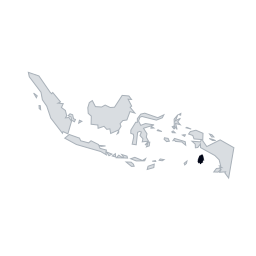 Kepulauan Aru, Maluku, Indonesia (highlighted), rotated 10°
{"feature_id": "22746128B17511076551422", "entity_name": "Kepulauan Aru", "entity_type": "district", "adm_level": 2, "iso_a3": "IDN", "parent_name": "Indonesia", "parent_adm1": "Maluku", "projection": "mercator", "projection_center": [134.564, -6.213], "detail": "fine", "context": "in_parent", "style": "filled", "palette": "ink", "viewbox_px": 256, "rotation_deg": 10, "n_neighbors": 0, "source": "geoboundaries", "source_scale": "gbopen_adm2", "svg_char_len": 7669}
<svg xmlns="http://www.w3.org/2000/svg" viewBox="0 0 256 256"><g transform="rotate(10 128 128)"><path d="M88.1,107.2L92.2,112.6L98.4,111.9L101.5,109.4L106.9,110.9L111.1,109.9L116.6,96.9L123.3,96.3L126.5,99.3L123.1,99.6L127.8,105.8L126.5,107.2L132.2,112.1L127.1,111.5L125.5,120.3L121.6,121.6L119.4,125.1L120.8,127.5L119.3,131.4L111.9,136.4L110.3,132.0L107.3,133.0L104.1,130.5L98.6,133.5L97.8,130.3L91.0,130.7L89.8,122.7L86.3,120.5L84.9,115.0L85.5,109.7L88.1,107.2ZM20.2,90.5L31.2,92.2L45.2,106.4L46.9,107.5L47.7,106.1L57.0,114.0L54.7,115.7L60.0,115.3L58.9,119.4L63.3,121.6L65.5,126.6L64.6,128.9L68.1,127.9L71.2,131.3L69.8,144.2L64.6,142.8L64.4,144.6L50.2,131.6L44.2,120.6L38.8,115.1L36.1,107.9L21.9,94.7L20.2,90.5ZM235.7,129.0L235.8,159.8L231.2,155.4L231.7,154.2L225.9,155.7L226.9,152.6L225.3,151.0L225.8,150.7L226.7,150.8L227.3,150.7L224.6,149.5L225.8,149.1L223.3,143.5L218.3,140.0L202.8,134.7L202.1,131.1L200.1,135.1L197.8,135.8L197.0,132.2L193.3,129.9L201.5,129.1L202.5,126.6L194.9,127.3L193.1,124.1L188.7,123.4L190.0,120.7L195.3,118.4L202.8,120.2L203.8,127.6L208.8,132.6L220.8,123.7L235.7,129.0ZM160.0,112.0L154.6,115.3L139.7,114.2L137.8,115.4L137.2,119.3L140.1,123.2L144.4,120.6L153.1,120.4L143.3,125.6L147.7,130.4L147.6,133.8L150.5,137.4L144.4,139.2L144.6,136.0L141.1,133.3L141.9,129.7L140.0,129.3L138.2,130.6L139.0,143.1L134.9,143.2L135.2,135.7L134.4,133.3L131.6,132.7L131.2,129.5L134.6,121.0L136.2,120.8L135.6,117.1L138.2,112.1L142.0,110.5L155.5,112.7L161.0,108.8L160.0,112.0ZM71.3,144.6L82.0,146.4L83.6,148.8L91.8,149.5L93.8,147.0L101.8,149.4L104.0,152.9L110.6,153.5L110.5,156.4L111.4,158.2L105.2,155.9L80.0,153.2L67.5,149.0L71.3,144.6ZM173.4,112.7L177.9,109.3L175.9,113.3L178.9,115.7L174.1,115.3L176.6,120.9L173.2,117.8L171.9,111.3L174.8,106.3L173.4,112.7ZM175.6,130.2L186.7,131.5L187.8,134.9L183.3,132.4L177.1,133.0L175.3,131.6L174.2,133.2L175.6,130.2ZM150.1,157.4L141.8,159.0L136.0,157.8L139.8,155.7L147.9,157.5L150.7,155.0L150.1,157.4ZM126.4,155.2L131.9,155.9L132.8,157.7L121.8,159.3L123.6,156.3L127.4,158.0L128.6,157.3L126.4,155.2ZM160.1,159.0L160.3,162.5L154.1,165.5L154.4,162.2L160.1,159.0ZM71.2,124.6L72.7,128.3L74.8,128.8L74.1,131.2L71.0,130.0L70.0,127.0L66.9,126.3L68.4,124.1L71.2,124.6ZM224.3,155.8L220.1,156.4L222.1,152.5L225.4,151.6L226.4,153.1L224.3,155.8ZM137.0,161.1L139.6,162.7L140.7,164.6L138.1,165.2L132.0,161.8L137.0,161.1ZM169.3,131.3L171.0,133.8L168.4,134.7L165.5,132.8L165.6,131.3L169.3,131.3ZM110.9,155.3L116.7,156.5L114.1,158.6L110.9,155.3ZM120.0,155.5L120.9,158.7L117.4,158.3L120.0,155.5ZM81.4,129.4L78.6,131.8L78.8,128.8L81.4,129.4ZM205.6,142.3L206.3,146.4L205.0,146.6L203.9,143.6L205.6,142.3ZM109.0,149.6L104.6,150.8L102.7,150.1L109.0,149.6ZM151.9,138.2L152.0,141.9L149.4,143.4L150.4,138.5L151.9,138.2ZM29.0,110.0L33.0,112.1L32.5,114.1L29.0,110.0ZM38.8,125.1L37.2,124.3L36.5,121.3L37.7,121.2L38.8,125.1ZM190.3,154.5L189.4,153.0L191.8,150.3L191.7,152.7L190.3,154.5ZM185.8,117.1L190.4,118.1L185.2,117.7L185.8,117.1ZM157.8,124.5L162.0,125.6L157.3,125.5L157.8,124.5ZM149.9,140.0L147.7,141.8L149.7,138.5L149.9,140.0ZM209.4,119.8L211.8,120.1L214.1,121.9L211.9,122.3L209.4,119.8ZM169.0,152.9L167.4,154.3L164.3,154.4L165.1,152.9L169.0,152.9ZM205.4,147.1L204.4,149.0L203.3,149.0L203.4,145.9L205.4,147.1ZM175.3,124.5L172.6,124.9L171.8,124.2L173.0,123.0L175.3,124.5ZM209.8,124.2L213.3,124.5L216.5,125.2L213.4,125.6L209.8,124.2ZM150.6,122.3L153.5,123.5L150.6,124.2L150.6,122.3ZM177.6,106.2L175.7,105.9L177.5,104.5L177.6,106.2ZM157.6,156.5L160.7,155.4L161.1,156.1L157.6,156.5ZM185.7,124.7L185.2,126.4L182.8,125.5L184.0,125.0L185.7,124.7ZM119.6,134.4L118.4,135.6L119.4,132.0L119.6,134.4ZM172.6,118.2L174.1,120.5L173.5,120.9L171.3,119.1L172.6,118.2Z" fill="#d9dde1" stroke="#a8b0b8" stroke-width="1"/><path d="M203.5,145.8L203.4,146.0L203.6,146.1L203.4,146.0L203.5,146.5L203.7,146.4L203.4,146.8L203.5,146.8L203.6,146.7L203.7,146.8L203.7,146.7L203.7,146.8L203.4,146.8L203.4,147.0L203.6,147.2L203.9,147.0L204.0,147.4L204.0,147.9L204.1,148.1L204.3,148.2L204.2,148.2L204.0,147.9L203.9,147.5L203.8,147.3L203.6,147.6L203.7,147.3L203.4,147.1L203.1,148.7L203.3,149.0L203.8,149.0L203.6,149.1L203.8,149.5L204.7,148.9L204.5,149.0L204.4,148.9L205.1,148.3L204.8,148.2L205.0,148.1L205.4,147.8L205.2,147.8L205.1,147.7L205.3,147.5L205.2,147.3L205.1,147.2L204.8,146.9L204.6,146.9L204.4,147.0L204.5,146.9L204.3,146.7L204.3,146.4L204.2,146.5L203.5,145.8ZM205.5,145.0L205.4,144.6L204.9,145.1L204.7,145.1L204.8,145.3L205.0,145.3L204.3,145.2L204.2,145.6L204.3,145.7L204.2,145.7L204.4,145.8L204.5,146.1L204.8,146.2L205.1,146.2L205.3,146.6L205.5,146.4L205.5,146.7L205.8,146.8L205.8,146.6L206.3,146.5L206.5,145.8L206.2,145.9L206.6,145.5L206.3,145.1L206.2,145.3L206.3,145.1L206.0,144.8L205.9,145.1L206.0,144.8L205.5,145.0ZM205.0,144.1L204.7,144.1L204.3,144.5L204.5,144.8L204.3,145.1L204.9,145.1L205.1,144.8L205.4,144.6L205.6,144.7L205.8,144.5L206.3,144.2L206.2,144.1L206.1,143.9L206.0,143.7L205.9,143.7L205.5,143.4L205.4,143.3L205.4,143.2L205.4,142.9L205.3,143.0L205.3,142.9L205.2,143.0L205.0,142.8L204.5,143.7L204.1,143.4L203.9,143.7L204.4,143.9L204.4,144.1L205.0,144.1ZM203.6,145.0L203.4,145.5L203.5,145.6L203.8,145.6L203.7,145.9L203.9,145.9L204.3,146.4L204.6,146.6L205.0,146.3L204.7,146.3L204.5,146.1L204.3,145.8L204.2,145.9L204.0,145.6L204.2,145.3L203.6,145.0ZM205.6,143.0L205.5,143.4L205.8,143.7L206.0,143.7L206.3,143.8L206.5,143.5L206.4,143.2L206.4,143.3L206.1,143.0L205.9,143.1L205.7,143.0L205.6,143.0ZM205.4,142.6L205.3,142.9L205.4,143.0L206.2,143.0L206.2,142.7L205.7,142.3L205.2,142.3L205.2,142.6L205.3,142.6L205.4,142.6ZM205.0,146.3L204.6,146.6L204.7,146.8L204.8,146.9L205.1,147.2L205.4,146.6L205.0,146.3ZM206.4,147.9L206.1,147.8L205.8,148.4L206.0,148.7L206.4,148.4L206.4,147.9ZM205.7,146.9L205.4,146.7L205.2,147.3L205.3,147.5L205.4,147.4L205.5,147.3L205.4,147.2L205.7,147.2L205.7,146.9ZM207.0,146.4L206.6,146.9L206.9,147.3L207.2,146.5L207.0,146.4L207.0,146.5L207.0,146.4ZM206.4,144.4L206.1,144.3L205.9,144.4L206.0,144.4L206.0,144.5L205.9,144.6L206.3,144.9L206.2,144.5L206.5,144.5L206.4,144.4ZM206.5,147.6L206.2,147.1L205.9,147.3L206.0,147.7L206.5,147.6ZM206.3,143.8L206.0,143.8L206.3,144.1L206.4,143.8L206.3,143.8ZM203.8,143.8L203.8,144.2L204.0,144.2L204.1,143.9L203.8,143.8ZM205.4,142.2L205.5,141.9L205.3,142.1L205.4,142.2ZM204.4,143.2L204.1,143.3L204.4,143.2ZM206.8,147.3L206.5,147.4L206.6,147.6L206.8,147.3ZM205.6,147.3L205.4,147.3L205.3,147.5L205.6,147.3ZM205.7,147.5L205.9,147.2L205.6,147.4L205.7,147.5L205.7,147.5ZM205.8,144.6L205.9,144.4L205.7,144.7L205.8,144.6ZM204.1,142.9L204.2,142.7L204.1,142.9ZM205.4,148.6L205.2,148.4L205.1,148.6L205.4,148.6ZM206.7,146.7L206.8,146.4L206.6,146.7L206.7,146.7ZM206.3,147.0L206.4,146.7L206.3,147.0ZM205.4,150.1L205.1,150.2L205.4,150.2L205.4,150.1ZM205.7,149.3L206.0,149.0L205.7,149.2L205.7,149.3ZM205.3,148.4L205.3,148.2L205.2,148.4L205.3,148.4ZM206.5,147.9L206.5,148.0L206.5,147.9ZM206.7,143.8L206.6,143.7L206.6,143.9L206.7,143.8ZM205.4,149.5L205.2,149.5L205.4,149.5ZM205.1,142.4L205.1,142.5L205.1,142.4ZM204.5,146.5L204.3,146.4L204.5,146.6L204.5,146.5ZM206.4,149.1L206.1,149.1L206.3,149.2L206.4,149.1ZM206.3,147.7L206.2,147.7L206.3,147.7ZM205.6,147.9L205.7,148.0L205.7,147.9L205.6,147.9ZM207.0,146.0L206.9,145.9L206.9,146.1L207.0,146.0ZM205.8,142.2L205.7,142.1L205.8,142.2ZM206.0,142.5L206.0,142.4L206.0,142.5ZM204.6,146.8L204.6,146.7L204.6,146.8ZM206.7,144.4L206.6,144.5L206.7,144.4ZM205.4,146.6L205.5,146.5L205.4,146.6ZM206.2,143.0L206.2,142.9L206.2,143.0L206.2,143.0ZM207.1,145.8L207.0,145.7L207.0,145.8L207.1,145.8ZM205.3,142.7L205.2,142.8L205.3,142.8L205.3,142.7ZM206.5,144.3L206.4,144.3L206.5,144.4L206.5,144.3ZM205.9,142.2L205.8,142.3L205.9,142.2Z" fill="#0f172a" stroke="#020617" stroke-width="1.5"/></g></svg>